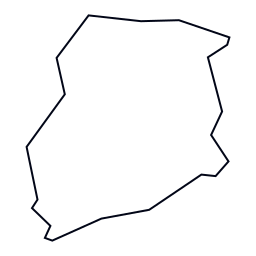 Fangak, Jonglei, South Sudan (Robinson projection)
{"feature_id": "79223893B14796875108361", "entity_name": "Fangak", "entity_type": "district", "adm_level": 2, "iso_a3": "SSD", "parent_name": "South Sudan", "parent_adm1": "Jonglei", "projection": "robinson", "projection_center": [30.661, 9.044], "detail": "fine", "context": "isolated", "style": "outline", "palette": "ink", "viewbox_px": 256, "rotation_deg": 0, "n_neighbors": 0, "source": "geoboundaries", "source_scale": "gbopen_adm2", "svg_char_len": 394}
<svg xmlns="http://www.w3.org/2000/svg" viewBox="0 0 256 256"><path d="M44.9,237.9L52.3,240.6L101.4,218.6L149.2,209.8L201.4,174.6L215.6,176.1L228.5,161.4L211.1,135.0L222.1,111.5L207.9,57.3L227.2,44.8L229.4,37.4L178.9,20.2L141.0,21.2L88.6,15.4L65.1,46.6L56.6,57.9L64.8,94.3L26.6,146.9L28.9,158.1L37.5,199.6L32.0,208.1L50.4,225.9L44.9,237.9Z" fill="none" stroke="#020617" stroke-width="2"/></svg>